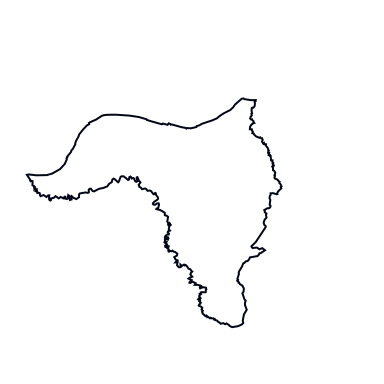 Karawang, Jawa Barat, Indonesia, rotated 315°
{"feature_id": "22746128B53840275251202", "entity_name": "Karawang", "entity_type": "district", "adm_level": 2, "iso_a3": "IDN", "parent_name": "Indonesia", "parent_adm1": "Jawa Barat", "projection": "orthographic", "projection_center": [107.411, -6.265], "detail": "fine", "context": "isolated", "style": "outline", "palette": "ink", "viewbox_px": 384, "rotation_deg": 315, "n_neighbors": 0, "source": "geoboundaries", "source_scale": "gbopen_adm2", "svg_char_len": 6059}
<svg xmlns="http://www.w3.org/2000/svg" viewBox="0 0 384 384"><g transform="rotate(315 192 192)"><path d="M116.4,277.8L117.2,278.8L117.4,281.2L115.6,281.9L115.7,283.6L114.4,283.8L114.1,284.9L113.6,285.3L113.7,289.2L114.8,289.4L114.9,290.7L114.3,291.3L115.1,291.8L115.4,294.0L116.2,294.1L116.7,295.5L117.8,296.6L117.5,297.9L118.3,298.0L118.1,299.4L118.9,300.9L118.6,302.0L119.2,303.9L119.1,305.4L121.4,306.9L122.0,309.0L123.4,309.3L124.1,312.2L123.9,313.3L124.8,315.9L129.6,319.4L133.6,320.9L135.6,320.9L136.9,318.9L142.1,315.3L147.4,314.0L149.5,309.5L150.6,308.2L153.1,306.8L153.1,305.4L154.0,303.3L156.1,299.2L158.1,298.9L160.5,296.8L161.4,293.7L160.7,291.1L161.2,289.4L160.8,289.1L161.4,288.3L161.2,286.8L162.5,286.7L162.6,285.6L167.3,283.1L167.8,282.2L169.2,281.4L174.6,280.1L177.8,278.7L179.0,279.2L181.0,279.1L182.7,280.2L185.1,279.9L186.7,279.2L193.0,283.6L195.0,283.6L196.4,283.0L197.3,283.8L202.4,284.8L202.0,281.4L199.2,280.2L198.6,277.2L195.3,274.5L195.2,273.3L195.7,272.4L201.6,272.5L219.3,268.9L220.0,268.3L219.9,266.3L221.0,264.3L223.9,262.9L226.6,262.8L228.0,260.6L229.4,259.9L229.1,257.8L230.2,256.7L230.3,255.9L233.6,256.7L235.3,258.1L237.0,257.9L237.9,257.1L237.9,255.9L241.8,253.0L242.4,251.2L244.4,249.8L245.4,249.7L246.7,248.5L248.7,250.4L250.2,253.4L251.0,253.8L251.3,253.1L253.1,252.5L257.8,252.5L258.3,251.2L259.3,251.3L260.1,249.2L260.2,247.3L261.2,246.7L260.9,245.3L261.2,243.7L260.2,241.2L260.4,240.2L262.1,239.3L262.0,238.6L262.5,238.2L263.3,238.1L264.6,237.2L265.1,235.0L264.7,234.0L266.6,231.8L266.6,230.8L267.2,230.6L267.5,231.5L268.4,231.3L268.5,230.4L269.0,230.2L269.0,229.0L270.0,228.9L270.1,227.5L271.3,226.6L270.3,225.5L273.3,221.9L273.4,220.5L272.5,221.1L272.3,220.1L273.2,219.9L273.4,219.1L274.2,218.8L273.9,218.4L273.3,218.7L273.7,217.8L275.6,217.0L275.3,216.5L276.7,214.6L277.0,211.2L278.1,210.6L277.0,209.2L277.5,208.3L276.6,208.3L277.1,205.9L278.9,205.1L279.5,203.5L278.9,203.1L278.9,201.5L277.9,201.2L276.6,198.0L276.6,195.1L277.0,194.3L276.3,193.0L277.7,192.4L277.9,190.4L278.6,190.0L277.3,188.5L279.3,186.9L281.8,186.3L282.6,186.7L283.3,186.4L284.7,187.1L284.6,186.4L285.6,185.4L285.4,184.3L285.9,183.0L285.0,182.4L285.1,181.1L286.9,180.2L288.4,180.2L289.3,178.7L290.1,178.8L291.8,176.4L293.7,174.9L294.7,175.2L295.0,175.8L296.7,175.7L298.8,174.2L300.6,171.9L301.2,172.7L302.1,172.1L298.6,168.7L294.7,163.3L294.5,162.2L293.2,161.2L284.3,160.6L281.0,161.2L277.1,161.1L270.1,158.8L264.7,157.7L261.9,157.6L256.8,155.6L247.3,150.8L244.2,150.0L241.9,148.7L241.1,149.2L236.3,146.2L233.7,143.3L232.8,143.1L232.8,142.2L230.4,138.7L225.4,129.8L224.5,129.3L224.7,128.6L224.1,127.0L222.2,127.2L219.8,123.0L218.6,122.9L212.8,112.5L211.0,109.0L211.3,108.5L207.5,101.5L201.9,93.9L193.0,83.7L186.8,77.6L183.8,75.2L181.8,74.3L175.5,73.0L169.0,70.5L167.9,70.3L167.3,71.3L164.6,70.6L159.0,70.8L152.9,71.5L151.1,72.5L146.4,73.8L143.8,75.0L143.3,75.7L138.1,77.3L136.0,77.3L135.0,78.1L128.5,78.8L128.5,79.2L127.1,79.5L126.7,80.3L121.9,82.2L114.8,82.5L106.2,80.1L101.3,77.4L93.8,70.2L89.1,64.3L87.4,63.1L86.2,69.2L85.7,69.4L85.5,70.3L86.2,70.5L86.9,71.6L83.9,74.5L84.5,76.1L83.5,77.3L84.1,77.6L82.4,78.8L83.6,79.1L83.2,79.9L84.1,80.4L83.2,81.2L82.1,81.0L82.3,81.6L83.0,81.9L81.9,83.3L83.1,84.1L83.5,85.2L82.1,87.1L82.0,87.9L84.9,89.2L85.5,92.6L87.9,92.7L88.7,93.4L86.1,95.7L85.6,96.7L85.7,97.8L86.5,98.0L87.8,96.9L90.1,98.4L92.5,98.4L93.3,102.3L95.6,102.6L96.6,105.6L98.5,105.2L99.0,105.7L97.7,107.1L98.5,108.5L99.3,108.6L102.3,106.6L102.6,109.0L101.0,109.0L100.0,111.3L101.6,112.1L103.4,109.6L104.0,109.6L104.0,112.1L105.2,115.2L108.4,115.8L110.5,113.8L111.6,113.7L116.4,117.0L117.6,118.8L118.4,119.3L119.1,119.1L120.4,117.5L121.8,117.3L122.8,118.2L122.4,121.1L123.2,122.3L128.5,124.0L132.1,126.4L136.0,128.1L139.3,127.6L142.2,128.3L144.5,126.9L145.9,127.0L146.4,128.0L146.6,132.9L147.7,132.9L152.0,130.9L153.2,131.0L154.8,132.7L155.3,138.3L156.1,138.6L158.1,137.2L159.4,137.5L159.5,138.4L158.8,139.7L160.3,140.5L160.5,141.3L159.4,144.3L159.9,145.5L161.2,145.8L162.5,143.1L163.3,142.6L163.9,142.9L162.6,146.0L162.3,148.8L159.4,149.2L158.4,151.1L158.9,152.6L158.7,154.7L161.3,156.3L161.7,157.5L161.4,159.7L163.1,161.0L163.7,162.2L163.2,166.4L163.7,166.8L165.3,166.6L165.5,167.3L164.5,168.7L164.1,171.7L163.3,172.8L162.5,173.0L158.4,172.2L156.3,172.4L155.9,172.8L155.9,173.7L157.0,175.0L159.3,175.4L160.4,176.4L159.8,177.6L156.8,179.4L155.1,178.6L154.7,178.8L156.8,182.4L158.1,187.3L156.4,189.2L157.4,191.1L157.5,192.7L153.7,195.3L153.2,197.3L154.2,197.8L153.9,199.6L153.3,199.5L153.0,198.1L152.4,197.8L151.8,198.6L152.8,200.2L151.5,200.2L149.2,202.0L149.1,203.7L147.5,202.9L146.6,203.1L146.2,203.5L146.3,205.0L145.5,205.6L144.0,204.4L141.8,204.4L141.8,205.3L143.0,207.2L142.6,208.1L141.5,208.5L141.3,206.0L140.5,205.3L140.2,205.7L140.5,207.2L139.8,207.2L139.1,206.6L138.4,207.5L136.9,208.1L137.0,208.8L138.4,209.4L137.2,209.8L137.3,211.2L136.9,212.2L136.1,212.3L135.9,211.4L135.3,210.9L134.3,211.7L134.8,213.0L136.6,213.0L137.2,213.9L136.8,214.2L134.8,214.2L135.0,216.0L133.8,216.7L133.3,217.6L133.7,218.0L134.9,218.1L135.6,219.4L136.8,219.7L136.7,221.1L137.6,222.3L138.0,225.2L136.5,226.3L133.4,225.5L132.6,228.2L133.5,230.2L132.7,231.0L131.7,230.0L130.5,230.1L131.5,231.0L131.6,231.8L129.7,233.1L129.4,235.7L130.5,236.9L131.6,237.2L132.1,237.0L132.0,235.7L132.5,235.2L132.5,236.3L133.2,237.3L135.0,237.7L134.9,238.8L135.9,239.1L136.0,240.6L135.3,243.8L136.2,245.5L135.8,247.1L135.9,248.5L134.3,248.4L132.6,249.0L132.3,252.1L130.1,251.1L128.3,250.8L129.0,253.2L129.6,253.9L128.9,254.6L127.6,254.1L126.5,254.0L126.0,254.4L126.6,255.2L129.0,255.7L130.1,259.1L128.3,259.6L130.3,261.6L132.1,264.8L131.9,266.1L131.0,265.6L130.6,264.8L129.8,265.2L129.6,265.9L132.5,267.1L134.2,269.6L133.4,270.9L132.7,270.9L131.0,272.5L130.4,272.3L127.9,269.5L127.3,269.3L127.0,269.8L125.7,269.5L125.8,270.6L124.2,270.3L123.4,270.7L123.0,273.2L121.2,273.7L121.2,273.2L121.9,272.7L121.8,272.0L120.4,272.2L120.8,274.4L119.0,274.6L120.1,274.9L120.0,276.3L119.0,276.9L118.2,276.6L116.6,276.9L116.4,277.8Z" fill="none" stroke="#020617" stroke-width="2"/></g></svg>